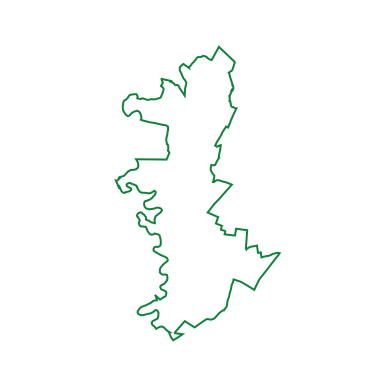 the district of Alexandru I. Cuza, Iasi, Romania, rotated 41°
{"feature_id": "2599482B98432410141384", "entity_name": "Alexandru I. Cuza", "entity_type": "district", "adm_level": 2, "iso_a3": "ROU", "parent_name": "Romania", "parent_adm1": "Iasi", "projection": "albers", "projection_center": [26.859, 47.141], "detail": "fine", "context": "isolated", "style": "outline", "palette": "green", "viewbox_px": 384, "rotation_deg": 41, "n_neighbors": 0, "source": "geoboundaries", "source_scale": "gbopen_adm2", "svg_char_len": 6045}
<svg xmlns="http://www.w3.org/2000/svg" viewBox="0 0 384 384"><g transform="rotate(41 192 192)"><path d="M254.7,318.8L255.9,315.5L256.5,314.4L257.4,313.4L259.3,312.7L264.5,313.0L267.2,312.5L266.7,313.0L267.9,313.7L272.2,315.7L273.5,315.8L275.1,316.3L277.5,308.3L278.2,305.5L271.8,309.7L271.3,309.3L271.2,309.1L271.3,294.2L282.8,292.5L285.2,282.6L286.4,278.5L287.3,277.5L288.7,276.8L290.1,275.8L291.3,274.1L291.6,273.3L291.9,271.6L292.0,265.9L292.1,264.7L292.9,261.3L293.8,260.4L293.5,259.9L293.5,256.2L292.1,253.6L290.3,251.0L288.6,246.7L286.8,243.4L284.5,238.5L283.4,237.0L282.7,235.4L282.1,233.1L280.7,230.7L287.6,227.8L294.6,226.4L303.2,225.0L301.7,219.8L300.1,213.5L299.5,200.1L299.1,194.3L298.5,182.1L298.3,180.7L296.9,181.4L295.6,182.9L293.8,185.4L293.2,186.6L293.1,187.3L291.7,189.9L289.6,192.4L287.3,195.8L283.6,192.5L283.3,192.6L282.8,193.5L281.7,194.6L276.2,189.8L275.2,191.2L272.1,195.0L271.3,196.8L270.7,199.0L270.7,199.7L269.6,199.1L258.7,184.6L249.4,190.8L253.0,196.6L245.5,201.9L244.3,202.5L244.0,201.5L243.0,199.9L242.4,199.7L238.7,201.5L236.8,198.4L236.8,197.9L230.7,200.1L228.5,194.6L228.3,193.8L217.3,197.2L216.7,186.6L217.1,179.3L217.2,160.3L213.4,161.6L210.5,162.7L208.9,163.7L205.3,165.1L202.8,167.0L202.3,168.2L202.1,170.2L201.3,170.7L200.1,168.1L198.6,165.6L198.0,164.9L195.6,164.6L191.7,163.2L189.9,161.0L189.5,159.7L188.9,159.1L190.2,158.1L191.4,156.9L191.7,156.3L190.7,152.7L189.9,148.2L189.5,148.2L188.8,147.4L184.7,140.3L183.0,137.8L182.8,137.7L181.2,141.5L179.5,141.6L179.0,141.8L178.0,137.9L177.0,131.4L175.7,126.6L174.9,120.8L174.8,120.3L176.9,119.8L176.5,118.3L176.2,118.0L176.3,117.7L176.0,117.2L175.7,115.7L175.2,114.2L174.3,112.5L173.2,108.5L173.0,108.3L172.8,107.4L170.6,99.7L169.9,100.3L167.0,101.1L166.6,101.6L165.1,101.3L164.4,101.0L162.8,99.5L161.7,98.9L161.5,98.5L160.8,98.3L160.5,98.6L160.1,97.8L159.2,97.0L158.5,95.8L158.2,95.8L158.1,95.6L157.1,95.1L157.0,93.5L156.1,91.1L156.0,89.6L155.4,89.9L154.9,88.5L155.5,88.2L155.4,87.8L155.6,87.6L154.8,86.3L154.9,86.2L153.1,84.9L152.8,85.0L152.5,84.6L152.1,84.7L152.0,84.3L150.5,83.3L144.9,80.0L144.3,79.4L141.4,77.8L142.2,75.3L142.4,74.4L142.3,73.4L141.2,70.5L140.2,68.4L139.9,67.4L139.0,65.8L117.1,64.8L120.3,79.6L118.5,80.3L116.4,80.7L114.5,80.7L114.4,80.5L113.5,80.7L110.9,82.0L110.8,82.3L110.7,83.4L110.0,84.4L108.0,86.3L107.7,87.2L108.0,89.6L108.0,90.0L107.9,90.3L108.0,91.6L107.8,95.9L108.0,96.9L108.1,98.9L107.4,100.1L108.0,100.4L104.3,100.8L101.5,101.0L101.0,103.9L101.0,105.1L101.2,106.3L102.2,107.4L103.4,108.4L105.1,109.0L110.8,111.8L113.5,112.2L116.2,113.3L118.9,118.4L123.3,124.1L116.4,122.2L114.7,121.9L112.9,120.9L110.9,120.7L110.6,120.8L109.8,121.9L109.3,122.2L108.7,122.3L107.1,121.9L106.2,122.0L105.4,122.4L104.5,122.1L104.2,122.1L103.6,122.9L103.2,123.1L102.8,122.7L102.9,122.2L94.9,126.6L95.0,126.9L95.9,127.5L97.5,128.2L98.2,128.6L98.6,129.6L98.7,131.3L99.2,132.4L101.5,132.3L102.8,132.7L103.3,133.2L104.1,134.9L105.9,139.7L106.3,141.2L106.0,142.2L103.2,146.5L100.7,148.4L98.5,151.1L97.3,152.1L95.1,152.9L93.0,153.9L92.6,155.0L92.3,155.5L89.3,157.2L88.1,155.4L87.7,155.4L86.9,154.9L85.8,154.7L84.2,156.1L81.6,159.2L81.3,160.9L81.8,163.4L81.6,165.5L80.8,167.8L81.4,169.5L83.9,173.2L86.1,175.3L88.2,176.3L91.5,177.1L93.6,176.9L94.4,176.0L94.7,174.9L94.5,173.5L95.3,170.0L95.8,169.0L97.4,166.6L99.3,166.1L100.8,166.4L103.0,167.4L104.8,168.8L105.7,170.1L106.0,171.0L107.3,170.6L114.3,167.1L120.0,163.6L122.2,162.7L123.3,161.9L126.4,160.2L128.5,158.8L130.9,158.4L133.1,160.6L134.3,163.1L135.3,164.1L137.2,167.9L138.3,169.5L141.7,172.4L142.2,172.0L143.4,172.5L145.3,174.4L146.1,175.5L146.3,176.2L146.8,176.6L147.7,176.6L149.3,177.4L151.5,184.2L128.3,204.0L130.1,204.5L132.2,205.5L133.8,206.9L134.6,207.8L135.0,208.6L135.2,209.9L134.8,211.5L134.1,212.7L131.2,215.8L130.8,217.6L130.3,218.1L130.2,221.9L130.0,224.5L127.5,228.5L127.5,229.0L128.5,228.6L128.5,228.8L128.3,229.7L128.2,231.4L127.8,233.0L127.1,233.3L134.3,236.8L134.6,236.3L134.4,235.9L136.9,237.1L138.7,237.7L140.2,237.7L141.0,237.4L141.9,236.8L141.9,235.9L144.0,233.0L144.6,231.6L144.7,230.8L144.3,229.8L143.8,229.4L142.2,229.5L141.0,230.0L140.3,230.0L139.2,230.4L138.0,229.7L137.7,228.0L138.8,226.2L139.5,225.7L141.0,225.4L145.4,223.8L146.4,224.0L146.9,223.9L147.5,224.6L149.5,225.4L151.2,225.8L152.8,226.1L154.7,225.4L158.1,222.6L159.9,221.8L161.6,219.7L162.9,215.7L164.3,215.7L165.4,216.8L165.8,218.5L165.7,223.2L164.9,225.8L163.4,228.8L162.8,229.4L162.6,230.0L162.9,231.2L163.5,232.2L164.8,233.5L166.1,234.2L167.9,234.5L170.8,233.4L174.4,229.3L175.5,227.1L177.3,225.6L179.3,224.9L180.9,225.2L181.6,226.0L181.6,228.2L180.5,234.1L181.0,235.7L181.8,237.4L183.2,238.7L184.4,239.9L180.9,241.7L178.2,241.9L176.9,242.7L175.6,242.9L175.1,242.9L174.3,241.6L173.4,241.1L170.7,240.6L168.9,240.9L168.6,240.6L168.1,240.5L166.5,241.1L165.8,242.1L165.3,244.0L165.4,244.5L166.0,245.9L167.0,246.6L167.9,246.3L168.4,246.7L171.3,247.7L171.4,247.8L171.8,249.7L172.4,250.5L173.9,251.4L175.0,251.6L176.1,251.3L176.8,251.0L178.0,249.9L178.6,249.6L179.4,248.9L179.7,248.7L180.5,248.8L183.4,250.3L185.1,250.9L187.0,251.3L188.4,251.3L189.4,250.8L190.4,249.8L190.7,249.1L191.0,247.8L194.9,246.0L195.8,246.0L199.4,248.3L202.0,251.0L203.0,252.6L203.2,254.0L202.4,255.7L200.5,257.2L199.9,258.3L200.1,259.5L200.5,260.6L201.9,261.6L209.7,260.1L214.4,258.6L216.2,258.2L217.9,258.9L218.8,259.9L217.8,265.5L217.9,269.9L218.8,271.8L220.4,273.7L221.9,274.0L223.8,273.8L226.3,271.5L227.3,271.0L228.3,271.6L230.0,273.0L231.2,275.3L231.2,277.2L231.4,279.1L230.5,281.5L229.9,282.8L230.1,284.2L231.2,285.1L232.6,285.6L237.2,284.2L238.6,284.6L239.8,286.5L240.4,288.4L239.5,290.1L238.5,294.2L231.5,294.0L232.8,294.3L233.9,294.8L236.6,296.8L234.7,298.8L234.2,299.8L233.6,302.8L231.1,308.6L229.5,311.4L229.0,312.7L228.9,314.6L229.3,317.7L230.0,318.6L231.0,319.2L232.8,319.0L234.5,318.4L236.2,316.6L238.5,313.1L240.4,310.7L241.4,308.3L241.8,305.2L243.6,304.2L245.8,305.0L248.0,307.8L249.1,310.0L247.0,315.4L247.3,317.1L248.8,318.1L250.2,318.3L252.6,318.2L254.7,318.8Z" fill="none" stroke="#15803d" stroke-width="2"/></g></svg>